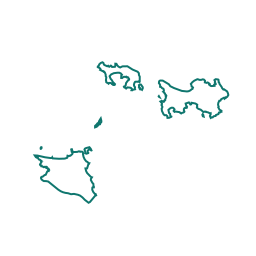 Preah Sihanouk, Krong Preah Sihanouk, Cambodia, rotated 129°
{"feature_id": "14789045B14640150427480", "entity_name": "Preah Sihanouk", "entity_type": "district", "adm_level": 2, "iso_a3": "KHM", "parent_name": "Cambodia", "parent_adm1": "Krong Preah Sihanouk", "projection": "robinson", "projection_center": [103.359, 10.662], "detail": "fine", "context": "isolated", "style": "outline", "palette": "teal", "viewbox_px": 256, "rotation_deg": 129, "n_neighbors": 0, "source": "geoboundaries", "source_scale": "gbopen_adm2", "svg_char_len": 5736}
<svg xmlns="http://www.w3.org/2000/svg" viewBox="0 0 256 256"><g transform="rotate(129 128 128)"><path d="M215.3,130.6L213.2,128.5L211.4,124.9L210.7,122.7L210.6,119.7L211.0,116.4L210.9,111.6L209.4,111.0L201.3,110.9L200.4,110.4L199.7,111.6L200.1,112.2L199.6,114.7L198.5,116.9L196.9,118.1L196.4,118.2L195.9,117.9L195.6,117.2L195.3,117.3L194.7,118.4L193.2,119.8L193.0,121.3L191.8,124.1L190.9,124.8L189.0,125.0L189.3,125.8L189.3,126.7L188.7,131.5L187.8,133.5L186.2,135.6L185.1,134.4L181.1,136.0L180.3,135.7L179.8,135.9L180.1,136.2L179.9,138.3L180.2,139.4L179.6,142.0L178.4,144.4L176.6,146.6L175.6,147.3L175.1,148.3L176.1,150.0L176.6,150.2L176.8,151.2L177.1,151.6L178.4,152.3L180.9,155.1L181.1,155.7L180.8,156.9L179.8,158.2L180.1,158.6L180.3,158.7L180.7,158.4L181.2,157.3L181.9,156.9L182.3,155.3L183.3,154.9L185.7,155.3L185.8,155.6L187.0,156.2L187.6,157.6L188.1,157.4L188.4,156.9L189.4,156.5L191.6,157.9L195.3,162.2L199.0,167.4L198.5,168.4L199.2,168.3L200.1,169.3L203.0,174.1L206.4,181.0L208.0,183.2L208.6,181.3L208.5,180.3L208.2,179.9L207.7,180.7L207.3,179.8L208.1,179.1L208.5,177.3L208.1,176.3L208.1,175.0L208.4,175.3L209.0,173.8L211.7,173.5L212.0,173.1L212.2,171.8L211.8,171.6L212.2,171.1L211.7,170.6L211.6,169.0L210.8,168.6L210.7,168.0L210.2,167.8L209.4,166.9L209.4,166.5L210.4,166.1L209.6,164.4L209.9,163.5L210.5,163.6L210.5,162.9L211.1,163.0L211.5,162.6L212.1,163.3L212.7,163.4L216.1,162.5L217.1,163.2L219.6,163.7L220.0,164.2L221.1,164.5L221.7,164.1L222.4,162.8L222.4,161.3L222.2,160.0L220.8,158.2L219.8,156.3L219.8,143.4L219.5,140.6L218.9,138.3L217.8,135.8L216.4,133.5L215.3,130.6ZM57.0,66.2L56.6,65.6L55.8,66.2L56.2,68.4L55.1,70.9L54.4,70.9L53.3,72.6L51.7,73.6L49.4,74.2L48.6,73.4L47.0,73.7L44.2,72.5L44.5,71.5L43.6,71.5L43.8,71.2L43.4,70.9L42.5,71.0L41.3,70.5L39.2,70.8L38.1,72.2L37.2,74.0L37.5,77.8L38.1,78.1L37.8,79.9L37.2,81.0L36.2,84.5L35.3,85.8L35.4,86.3L33.6,88.0L33.6,88.5L34.8,90.5L36.1,91.0L36.4,91.0L37.0,89.7L38.3,88.9L38.2,88.0L38.7,87.4L39.8,87.7L40.3,88.3L40.7,88.2L41.0,87.5L42.8,89.4L43.3,90.4L43.1,91.4L43.3,92.0L43.1,92.4L42.4,92.3L42.3,94.0L42.6,94.9L43.4,95.2L44.2,97.0L42.8,97.9L42.6,99.4L43.1,100.5L44.5,101.4L45.6,102.7L46.2,104.5L46.6,104.9L49.6,106.3L51.8,106.8L54.2,106.9L54.9,105.5L55.7,104.7L55.6,103.0L57.1,102.5L57.7,102.9L59.5,103.2L61.2,104.0L62.5,105.2L65.3,109.5L68.0,117.4L68.9,121.4L68.3,123.8L69.3,130.8L70.7,132.7L71.5,133.2L72.3,133.1L73.7,132.2L74.0,130.8L74.5,129.9L75.8,129.0L75.3,128.0L75.6,126.6L75.2,125.2L76.0,123.9L76.8,123.4L77.6,123.5L77.5,123.0L78.1,121.3L77.9,121.1L78.6,119.7L79.1,119.2L78.6,118.9L78.7,118.6L81.5,117.3L82.9,117.0L84.1,117.1L84.9,116.6L85.2,116.7L85.3,117.1L84.9,117.0L85.4,117.6L85.7,118.8L87.0,119.5L87.4,117.4L87.7,116.9L88.7,116.3L89.1,116.4L89.9,114.6L90.7,114.2L91.7,114.1L93.4,112.3L95.0,108.9L95.0,107.5L94.0,106.5L94.0,105.0L95.3,103.7L94.2,102.5L92.0,101.4L91.8,101.5L92.0,102.2L91.6,103.1L90.5,104.2L90.5,105.5L88.5,108.0L86.2,107.6L84.9,107.0L84.0,105.9L83.9,105.1L84.2,103.6L86.0,103.3L86.2,102.0L85.3,101.4L83.4,98.2L83.2,97.7L83.4,96.6L83.2,95.8L82.3,95.6L81.0,94.6L80.1,94.4L79.6,94.6L79.2,95.6L78.1,96.5L77.0,96.6L76.0,96.2L76.0,95.6L75.5,95.2L75.2,95.6L74.8,95.6L74.7,95.3L74.4,95.4L73.8,97.1L72.7,98.6L69.8,96.8L70.5,94.3L69.8,93.8L68.4,94.5L66.6,91.1L66.4,89.9L66.3,88.9L67.0,88.6L67.5,87.9L68.5,87.6L68.9,86.6L68.8,85.3L68.0,83.0L68.1,79.4L66.7,78.5L66.6,77.8L66.2,77.5L66.2,77.0L65.5,75.7L65.0,73.4L64.5,73.1L65.1,72.5L67.1,71.9L68.1,70.0L66.9,69.6L66.5,68.9L65.0,68.8L63.5,67.5L62.5,67.8L60.3,66.5L59.0,67.0L58.5,66.7L58.3,66.8L57.9,66.2L57.0,66.2ZM95.3,148.3L93.5,146.9L93.2,147.4L91.9,148.2L91.4,149.8L90.4,150.8L88.8,151.4L87.6,151.5L86.9,150.9L86.0,149.6L85.3,149.3L85.2,148.1L84.7,148.0L80.7,151.2L79.9,152.9L78.6,154.0L78.2,155.9L79.7,161.2L80.4,167.3L83.6,171.1L85.9,172.2L86.3,174.0L86.1,175.7L85.4,177.4L86.0,178.3L87.7,177.0L88.7,176.7L90.6,178.8L90.2,180.1L90.3,180.6L92.1,181.0L92.3,181.4L92.1,182.6L93.1,183.0L93.9,186.1L93.8,186.7L92.9,188.1L93.0,189.2L94.6,190.1L96.6,190.4L98.4,189.8L99.1,190.2L99.7,189.9L99.7,189.6L99.3,188.0L99.3,187.1L99.6,186.3L100.4,186.2L99.8,183.7L99.4,183.2L99.7,182.4L99.6,181.8L99.3,181.8L99.4,181.0L100.5,179.0L101.8,177.9L102.2,176.8L104.8,175.2L105.3,174.4L106.0,173.9L106.1,173.2L105.8,171.9L105.8,171.0L104.9,171.1L103.9,169.8L103.6,168.7L104.0,168.2L103.8,167.4L103.9,166.7L103.4,165.9L102.9,165.5L102.1,165.7L101.8,168.6L100.9,171.0L100.7,172.5L99.3,174.9L96.9,174.8L94.3,173.5L91.8,171.1L90.5,169.5L90.1,167.8L90.4,167.0L90.3,166.8L90.4,166.2L91.5,166.2L93.4,164.8L92.9,164.0L91.0,163.6L90.3,162.8L90.2,162.3L89.2,161.7L89.4,160.7L88.8,160.4L88.6,159.6L89.0,159.1L89.2,158.0L89.7,157.6L90.4,157.7L90.5,158.0L94.2,157.8L96.5,156.6L97.5,156.6L98.2,157.2L98.5,157.2L98.8,156.4L98.4,155.0L98.5,154.3L96.8,154.0L95.3,151.7L95.0,150.7L95.2,149.3L96.4,149.0L96.0,148.4L95.3,148.3ZM171.2,145.0L169.1,144.8L169.2,144.5L168.7,143.9L168.6,142.4L168.4,142.3L167.6,143.9L167.2,145.9L169.9,147.9L171.2,148.5L172.1,148.3L173.0,146.8L173.9,145.8L174.6,145.4L174.1,144.1L172.5,143.1L172.3,143.2L172.1,144.2L171.2,145.0ZM144.0,153.0L142.7,152.1L141.6,152.6L140.4,152.4L139.4,153.0L137.7,155.2L139.6,155.0L140.5,154.6L141.0,154.8L141.6,154.4L142.5,154.3L143.8,154.7L145.0,154.6L147.1,154.9L148.2,154.0L146.7,153.1L146.2,153.2L145.4,152.9L144.0,153.0ZM89.4,143.7L90.2,143.7L90.4,142.9L89.5,141.7L89.5,141.1L87.9,141.5L87.0,142.2L86.1,145.3L86.6,146.1L87.8,146.5L88.6,145.6L89.4,145.2L89.3,144.0L89.4,143.7ZM198.6,183.3L199.1,182.7L198.9,182.5L198.1,182.5L197.4,183.0L197.5,183.4L198.6,183.3ZM71.8,77.2L71.5,76.4L70.9,77.2L71.5,77.5L71.8,77.2ZM70.9,78.5L70.8,77.7L70.5,77.8L70.2,78.6L70.9,78.5ZM84.3,123.7L84.2,123.1L83.8,124.1L84.1,124.1L84.3,123.7Z" fill="none" stroke="#0f766e" stroke-width="2"/></g></svg>